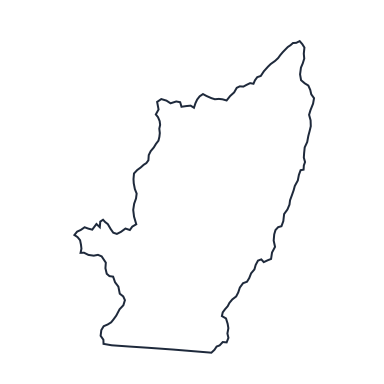 outline of Águas Mornas, Santa Catarina, Brazil, rotated 185°
{"feature_id": "56859067B80537926238149", "entity_name": "Águas Mornas", "entity_type": "district", "adm_level": 2, "iso_a3": "BRA", "parent_name": "Brazil", "parent_adm1": "Santa Catarina", "projection": "equal_earth", "projection_center": [-48.93, -27.746], "detail": "fine", "context": "isolated", "style": "outline", "palette": "slate", "viewbox_px": 384, "rotation_deg": 185, "n_neighbors": 0, "source": "geoboundaries", "source_scale": "gbopen_adm2", "svg_char_len": 2533}
<svg xmlns="http://www.w3.org/2000/svg" viewBox="0 0 384 384"><g transform="rotate(185 192 192)"><path d="M266.9,33.0L258.7,32.3L240.5,32.6L222.4,33.0L197.2,33.4L162.1,33.6L158.7,33.6L155.9,36.7L154.0,40.2L151.1,41.6L148.3,45.2L144.4,45.2L143.0,49.9L144.4,54.1L143.9,59.5L145.0,63.8L147.1,69.0L151.4,71.0L150.9,74.8L148.8,78.2L146.5,81.3L145.0,84.9L142.5,88.5L138.9,91.8L137.2,95.9L136.0,101.0L133.2,105.6L129.4,107.4L127.5,111.2L126.0,116.2L123.1,120.3L122.2,124.9L120.3,129.4L117.1,130.9L114.4,128.4L110.6,130.6L107.4,132.2L107.0,138.7L104.5,144.6L106.4,150.7L106.4,157.0L105.5,161.4L103.1,164.5L99.9,165.7L98.5,170.9L98.3,178.1L95.4,182.9L93.8,187.9L93.6,192.3L92.2,197.5L90.9,202.6L90.1,207.0L87.6,212.7L87.0,218.4L85.7,223.2L82.8,224.0L82.9,228.2L82.0,231.7L83.6,236.0L83.7,240.6L83.6,246.3L81.6,251.8L81.0,258.0L80.1,263.2L79.4,267.9L80.1,273.7L82.1,279.1L81.1,283.9L79.1,290.5L78.6,296.1L81.7,299.7L83.1,304.0L85.4,308.2L89.2,310.1L93.1,312.9L94.6,318.6L94.3,325.4L92.9,329.7L91.8,334.7L92.7,339.5L92.6,345.7L95.0,348.9L97.9,351.7L101.1,349.7L104.4,349.2L106.7,346.8L109.2,344.8L111.5,342.0L113.7,339.3L115.9,336.2L117.9,332.9L120.7,329.8L124.7,326.4L127.2,323.5L130.9,318.6L133.6,313.6L137.0,312.1L139.0,308.8L140.2,305.2L143.6,305.5L147.1,303.4L150.0,301.5L153.6,301.4L156.5,299.7L158.7,294.9L162.4,290.9L165.5,286.2L169.7,287.0L173.3,287.1L177.3,286.4L180.9,287.2L185.9,288.9L189.6,290.5L192.7,288.0L194.9,284.6L196.3,280.8L197.4,276.1L200.9,277.9L205.2,277.1L209.9,276.0L211.6,280.4L215.6,280.8L221.1,278.5L225.4,280.8L230.7,281.9L234.6,278.7L232.5,271.3L234.8,266.1L232.4,263.6L230.4,259.8L229.6,256.1L230.1,252.2L229.2,247.9L229.3,244.1L229.9,240.2L232.1,236.8L233.9,233.1L236.7,229.1L238.3,225.0L238.2,219.8L240.0,216.8L242.5,214.9L245.2,212.0L248.5,209.1L251.4,205.4L251.4,199.7L250.8,195.6L249.2,190.0L247.0,185.6L247.2,180.7L248.6,175.3L249.0,169.0L247.6,162.4L244.7,155.0L248.5,152.3L250.6,148.7L255.1,149.8L259.3,146.1L263.2,143.7L266.9,144.6L269.7,147.9L273.1,152.7L275.9,154.5L278.2,156.6L280.8,154.5L280.8,148.9L284.4,151.8L288.1,145.8L292.2,146.5L295.9,147.5L299.5,144.5L303.0,142.5L305.4,138.9L302.1,137.1L299.3,134.2L298.0,129.8L297.2,125.9L297.7,121.7L294.3,122.1L289.7,120.3L284.3,120.0L280.2,121.2L276.4,120.0L271.7,114.1L271.6,108.5L269.8,103.1L266.9,101.0L263.2,100.8L260.8,95.4L257.1,91.3L255.1,84.4L251.4,82.0L249.4,78.4L250.5,73.2L253.9,68.9L256.7,62.2L259.3,57.9L261.2,55.1L264.4,52.7L268.3,50.6L270.3,46.5L270.5,40.8L267.4,37.1L266.9,33.0Z" fill="none" stroke="#1e293b" stroke-width="2"/></g></svg>